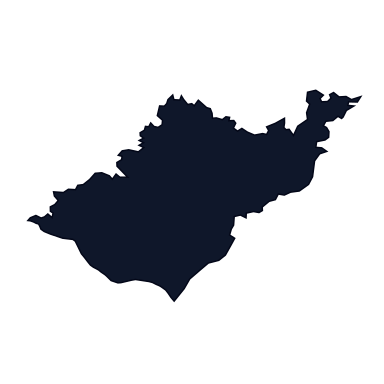 outline of Dehkanabad, Kashkadarya, Uzbekistan, rotated 4°
{"feature_id": "79887680B51602053820604", "entity_name": "Dehkanabad", "entity_type": "district", "adm_level": 2, "iso_a3": "UZB", "parent_name": "Uzbekistan", "parent_adm1": "Kashkadarya", "projection": "robinson", "projection_center": [66.692, 38.343], "detail": "fine", "context": "isolated", "style": "filled", "palette": "ink", "viewbox_px": 384, "rotation_deg": 4, "n_neighbors": 0, "source": "geoboundaries", "source_scale": "gbopen_adm2", "svg_char_len": 2483}
<svg xmlns="http://www.w3.org/2000/svg" viewBox="0 0 384 384"><g transform="rotate(4 192 192)"><path d="M153.7,108.4L152.1,118.2L157.6,122.4L157.5,127.0L153.7,129.9L149.5,129.3L146.0,126.0L144.3,129.9L141.0,129.8L140.2,133.7L136.1,136.5L136.5,139.5L140.0,141.6L135.7,144.3L140.2,146.2L135.9,149.1L140.8,151.0L135.7,155.7L125.9,154.3L119.5,155.8L115.9,160.5L119.8,161.3L119.5,164.7L115.0,167.8L115.4,171.5L126.8,181.7L119.0,182.3L115.0,179.4L111.6,184.8L108.4,181.6L100.7,179.1L94.1,180.1L89.0,186.7L83.0,192.2L77.6,193.3L75.6,197.8L68.5,197.9L63.8,201.5L53.9,201.5L55.0,205.6L59.2,209.8L56.0,214.1L51.7,216.7L52.1,221.1L54.9,222.7L54.2,227.3L49.7,224.0L46.6,227.1L43.3,228.5L37.9,226.3L32.5,229.0L30.3,231.9L32.6,232.0L34.9,232.6L36.5,233.1L38.7,234.1L41.2,234.6L42.6,236.9L43.9,239.6L47.3,241.7L53.6,243.8L66.2,247.1L72.3,247.4L76.5,247.6L79.0,249.2L82.2,254.7L86.0,261.3L89.4,264.9L93.0,269.0L95.8,272.0L98.9,273.9L101.7,275.1L104.3,276.3L106.8,278.1L110.9,280.5L112.5,281.7L117.5,286.0L121.7,287.1L124.4,287.8L127.4,287.4L137.7,284.2L141.7,283.2L155.3,284.3L158.9,285.0L162.9,286.7L164.7,287.3L166.1,287.8L167.9,288.7L172.6,291.6L175.1,294.4L178.4,298.6L181.8,302.1L190.9,289.0L195.8,278.9L205.9,268.9L213.3,261.7L223.5,258.3L229.7,252.6L234.6,242.2L237.8,235.2L232.5,232.3L233.8,226.2L235.8,222.2L235.8,213.5L241.9,211.6L247.7,214.0L247.6,209.3L254.7,207.2L260.3,207.8L263.5,205.6L263.1,202.1L269.6,195.9L275.7,193.8L278.2,188.0L284.3,188.6L290.3,185.3L299.0,183.5L307.7,176.3L311.2,168.4L312.1,152.4L316.7,145.0L323.6,142.1L318.3,138.9L312.4,138.8L312.8,133.1L321.1,130.8L324.5,127.9L324.4,122.2L321.7,118.3L318.4,116.8L320.6,112.1L327.5,110.9L332.3,106.3L336.1,108.2L337.5,106.7L340.3,99.9L347.5,94.9L341.4,94.7L341.9,91.1L350.7,90.7L353.7,85.1L344.6,88.7L339.0,86.0L332.1,86.9L326.3,82.9L322.5,85.3L324.1,88.7L320.9,92.3L315.0,93.0L313.2,89.8L316.3,86.2L308.4,81.9L300.3,84.4L299.9,93.3L303.3,96.1L300.8,104.9L302.2,111.6L292.9,119.0L289.3,128.5L284.5,122.7L281.4,123.3L279.1,121.2L279.5,116.8L279.1,112.0L270.3,117.7L261.9,121.8L264.2,125.3L262.4,129.4L258.4,128.8L250.4,130.9L243.1,128.4L237.3,125.1L233.2,128.1L228.8,125.3L230.8,120.3L228.7,117.8L223.8,118.3L224.3,114.9L220.6,114.6L217.2,117.7L211.1,116.4L207.3,117.0L206.5,112.0L204.4,107.6L200.7,106.8L191.9,100.0L188.2,105.8L185.6,103.9L181.6,105.0L177.2,100.3L174.7,96.8L173.4,101.1L167.5,101.2L166.0,96.6L161.6,101.5L160.6,105.6L158.4,108.3L153.7,108.4Z" fill="#0f172a" stroke="#020617" stroke-width="1.5"/></g></svg>